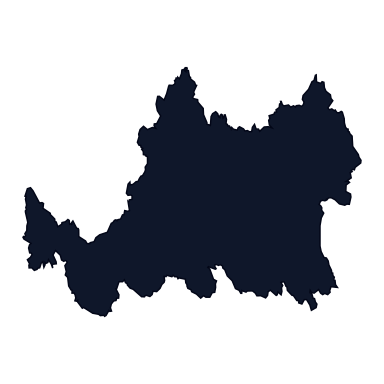 the district of Cuautla, Jalisco, Mexico
{"feature_id": "50627088B81723111751248", "entity_name": "Cuautla", "entity_type": "district", "adm_level": 2, "iso_a3": "MEX", "parent_name": "Mexico", "parent_adm1": "Jalisco", "projection": "equal_earth", "projection_center": [-104.52, 20.204], "detail": "fine", "context": "isolated", "style": "filled", "palette": "ink", "viewbox_px": 384, "rotation_deg": 0, "n_neighbors": 0, "source": "geoboundaries", "source_scale": "gbopen_adm2", "svg_char_len": 5970}
<svg xmlns="http://www.w3.org/2000/svg" viewBox="0 0 384 384"><path d="M314.0,80.5L312.0,81.7L308.6,89.3L303.1,95.5L302.4,99.4L304.0,102.0L303.4,104.6L301.5,106.4L299.2,105.3L296.2,105.7L295.5,107.1L293.5,105.8L290.7,107.1L288.5,105.0L284.0,105.9L282.4,104.8L281.2,101.4L280.6,101.4L280.9,103.1L279.6,104.0L279.2,107.5L276.0,109.9L276.6,111.9L274.6,112.3L274.2,113.9L273.0,114.5L269.1,115.7L269.8,118.5L268.7,120.3L269.4,125.0L272.0,127.9L268.2,126.7L264.2,127.0L259.7,131.3L258.5,129.1L256.1,129.0L254.5,124.4L252.4,127.3L251.7,131.5L249.6,131.8L247.5,130.6L245.0,131.0L243.5,128.9L239.6,126.8L238.3,127.6L237.2,130.1L233.4,129.2L231.7,127.4L231.1,129.1L229.5,126.0L227.7,125.8L227.4,124.4L226.0,123.6L226.5,119.4L225.1,114.8L224.2,115.0L223.8,117.8L223.0,118.4L222.1,114.7L221.2,114.3L220.0,115.5L220.1,117.6L218.6,116.8L217.7,113.7L215.7,111.7L212.6,113.7L211.1,116.6L210.4,125.4L209.9,126.1L210.1,125.1L206.9,124.3L206.9,122.6L203.5,114.6L203.2,108.4L197.9,102.2L197.6,99.6L193.9,98.7L192.4,97.4L194.5,94.2L193.7,92.6L194.0,91.1L196.6,85.4L195.6,85.1L194.5,82.1L190.6,79.0L190.5,77.4L189.4,76.6L188.4,70.6L185.9,70.2L185.9,71.7L184.6,70.7L185.8,69.0L187.2,68.8L186.9,67.7L185.2,67.7L184.2,69.3L181.9,70.0L181.5,73.7L179.4,78.9L177.8,77.3L177.8,78.0L176.1,78.0L175.8,79.5L174.5,80.7L175.1,81.9L174.8,84.0L172.6,85.4L169.2,85.2L168.7,86.1L166.7,93.6L164.1,100.1L159.3,96.3L158.0,96.4L157.6,97.7L157.8,95.8L156.1,104.1L157.4,110.7L160.7,116.0L156.7,123.7L154.3,123.9L154.1,125.8L155.8,128.4L152.4,127.5L147.4,129.6L143.5,126.3L140.1,129.5L138.7,134.1L139.1,136.6L137.4,142.3L139.1,145.3L140.7,145.4L141.0,147.2L142.7,148.3L141.7,149.3L143.3,151.5L143.4,154.6L145.9,155.2L145.7,155.9L147.5,156.8L147.5,163.7L145.2,167.1L145.5,169.8L144.8,171.9L142.5,175.7L141.0,176.1L139.5,178.3L137.9,181.6L136.2,181.6L133.1,184.3L130.2,185.0L129.9,182.1L128.1,184.1L126.4,193.2L128.0,195.3L130.8,195.0L132.1,195.8L132.0,199.4L129.3,199.9L128.5,202.3L128.1,201.8L129.5,210.6L127.8,211.3L124.7,210.6L124.0,214.7L122.5,214.9L120.6,219.1L117.8,219.7L117.0,220.8L116.0,219.8L114.5,220.3L112.8,222.6L111.3,223.3L107.3,232.3L99.7,234.8L95.9,237.7L94.1,241.7L90.1,242.7L89.7,243.7L86.9,243.5L85.6,241.0L78.8,236.6L78.7,229.9L78.2,228.6L76.6,228.2L72.9,221.0L71.6,222.7L71.9,225.0L71.0,223.7L69.7,224.2L69.2,220.4L67.9,219.5L65.3,221.8L62.0,222.6L61.7,224.3L57.8,226.7L56.2,222.0L54.9,221.6L54.7,219.0L50.2,214.4L50.3,213.3L43.0,208.3L43.5,203.5L42.0,202.6L39.5,203.0L33.0,190.8L30.5,187.7L27.4,188.7L25.0,196.2L26.1,196.4L25.5,199.1L26.6,205.0L25.8,207.7L26.5,209.4L25.4,210.9L25.5,212.3L27.8,222.4L26.9,225.8L26.8,230.6L24.9,233.7L25.6,235.6L24.5,237.0L23.5,236.5L23.0,237.3L24.0,239.1L31.0,243.3L29.5,244.9L28.6,248.0L29.7,252.9L31.3,253.1L32.1,254.5L30.4,257.4L27.4,259.7L29.5,263.7L28.9,265.2L29.1,267.9L31.8,267.8L34.3,270.4L37.0,269.4L37.8,268.2L39.7,267.8L41.2,263.1L42.8,261.7L43.9,267.3L45.0,264.9L45.0,262.4L46.0,263.3L47.8,262.5L48.5,259.7L51.2,263.9L52.7,268.1L52.2,264.3L56.3,263.8L56.1,261.8L53.0,255.0L55.5,250.5L60.3,255.2L61.6,260.0L63.8,261.3L65.1,260.5L66.5,261.1L67.2,262.3L64.9,265.7L66.3,271.6L65.3,275.0L67.7,277.4L68.7,286.0L71.1,290.0L72.1,290.3L72.0,293.1L74.1,293.1L75.1,294.8L75.8,297.9L74.9,300.8L76.6,301.2L77.6,300.4L77.6,301.9L82.3,308.2L83.7,307.5L92.7,313.2L98.7,314.3L100.3,315.6L104.0,315.3L104.6,316.3L106.0,315.5L108.9,310.5L109.8,311.4L111.5,311.1L110.4,307.8L111.3,304.0L113.6,301.0L116.0,300.5L116.6,298.2L118.6,298.1L118.9,294.8L115.9,288.8L116.7,288.6L119.0,281.7L122.6,281.7L124.4,279.8L125.5,282.7L127.1,283.5L127.4,285.0L130.1,288.1L133.2,289.3L141.6,296.7L144.5,296.8L144.8,295.9L146.4,295.3L149.9,296.5L152.1,294.6L153.0,291.2L156.7,291.6L160.0,288.4L161.9,284.4L164.1,282.3L164.6,280.5L164.1,276.4L166.0,276.6L166.8,275.3L171.9,276.7L173.1,275.2L174.6,276.7L177.1,276.7L178.0,278.7L179.0,277.9L185.4,279.2L185.8,282.8L187.3,285.2L186.9,285.9L187.9,288.4L191.0,289.7L191.7,291.7L196.5,294.1L200.7,298.1L203.5,295.7L205.9,297.2L209.8,297.2L212.2,292.7L214.7,292.3L215.6,287.4L215.4,283.9L216.5,280.9L213.5,279.3L209.8,269.1L207.8,267.4L208.4,266.6L215.3,269.2L216.1,268.7L214.7,266.3L215.0,264.7L216.7,264.6L218.5,265.4L220.2,264.7L222.5,265.9L222.8,268.0L224.8,269.7L227.3,275.9L232.2,280.7L235.5,288.6L239.1,290.3L240.8,293.3L241.7,293.3L241.9,290.6L246.0,292.1L247.3,291.0L252.5,290.9L255.4,293.2L256.9,295.8L260.8,295.7L265.6,297.9L267.5,295.5L268.1,291.7L270.4,290.2L276.2,295.4L277.1,294.9L277.9,292.0L281.1,294.8L281.9,291.4L281.5,287.7L282.7,285.5L280.9,282.4L283.4,281.8L284.3,282.1L285.9,286.2L286.9,286.9L287.4,290.4L292.0,295.3L293.4,295.5L296.8,300.5L298.9,300.8L298.7,302.9L301.9,304.0L304.3,299.6L306.6,299.6L309.9,305.1L311.4,310.3L316.1,307.6L316.9,304.1L315.4,302.0L314.5,298.6L313.0,298.1L312.0,294.3L309.9,292.7L310.2,290.3L311.9,292.6L314.1,293.1L318.6,289.6L320.6,293.1L322.7,294.6L324.7,293.4L327.7,294.6L330.1,292.2L329.7,290.7L331.0,286.7L337.4,287.4L335.5,284.6L335.0,280.4L334.1,280.3L333.8,279.2L334.3,277.2L332.9,275.5L332.7,273.1L331.8,273.0L331.4,270.2L328.9,265.0L328.2,261.0L326.4,258.0L324.0,257.5L321.1,251.5L320.0,246.1L320.0,225.7L321.3,217.9L323.7,213.1L321.6,210.2L321.8,207.8L320.7,205.8L319.1,204.5L320.5,201.2L322.5,200.3L325.0,200.8L326.6,199.6L326.6,198.3L327.0,199.7L328.5,197.9L331.2,197.7L335.2,199.8L339.4,203.9L344.8,205.2L346.8,204.1L349.3,204.3L350.9,197.0L350.5,194.0L345.8,191.5L346.1,185.0L349.5,182.4L348.3,181.3L346.1,181.4L351.2,177.9L350.2,172.6L352.1,171.6L351.3,170.7L352.8,169.3L354.4,169.8L355.1,167.4L360.7,163.0L361.0,160.3L359.0,157.3L358.3,154.5L352.7,146.4L352.1,136.1L349.7,133.5L349.3,131.9L348.2,131.5L348.1,129.1L346.7,128.8L345.5,127.1L344.4,122.9L344.2,118.6L342.3,112.1L341.2,111.4L339.0,112.8L336.9,112.6L335.2,110.0L334.1,110.6L331.8,108.9L329.5,109.7L328.3,108.6L328.0,107.7L332.8,100.7L331.0,98.5L330.4,94.8L326.0,91.3L324.4,87.7L323.9,82.3L322.1,81.7L320.6,83.4L316.5,81.9L316.2,74.9L315.4,75.3L314.0,80.5Z" fill="#0f172a" stroke="#020617" stroke-width="1.5"/></svg>